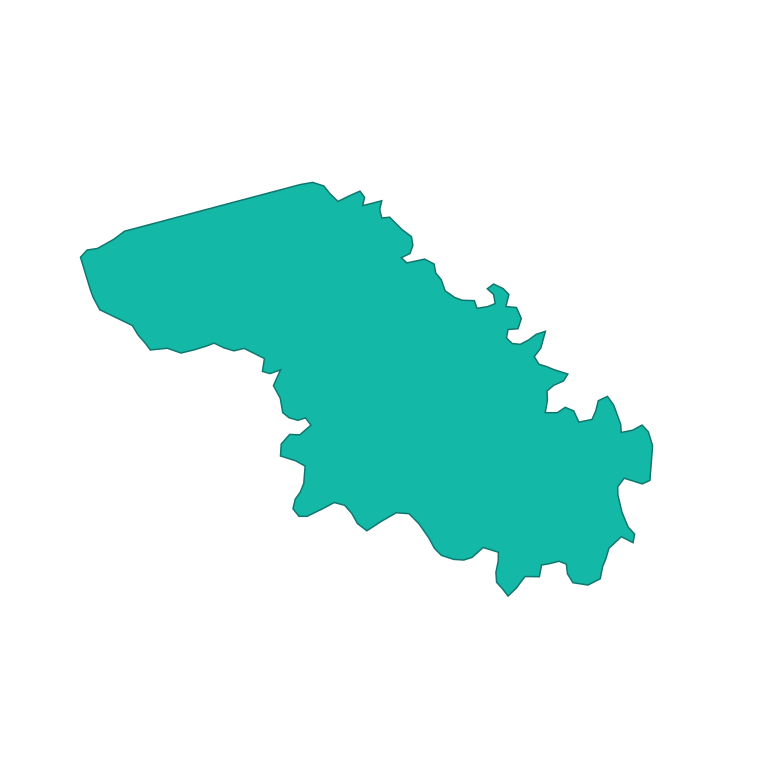 the district of São João da Ponta, Pará, Brazil, rotated 143°
{"feature_id": "56859067B2692108499529", "entity_name": "São João da Ponta", "entity_type": "district", "adm_level": 2, "iso_a3": "BRA", "parent_name": "Brazil", "parent_adm1": "Pará", "projection": "albers", "projection_center": [-47.972, -0.868], "detail": "fine", "context": "isolated", "style": "filled", "palette": "teal", "viewbox_px": 768, "rotation_deg": 143, "n_neighbors": 0, "source": "geoboundaries", "source_scale": "gbopen_adm2", "svg_char_len": 2150}
<svg xmlns="http://www.w3.org/2000/svg" viewBox="0 0 768 768"><g transform="rotate(143 384 384)"><path d="M412.6,140.0L401.4,141.3L387.3,145.4L375.9,136.6L367.1,144.6L359.7,140.8L350.9,137.1L346.8,130.4L351.7,122.0L352.7,111.6L342.1,100.7L328.5,98.3L319.2,106.7L312.1,110.8L303.3,117.4L286.4,119.2L280.6,107.4L274.2,113.2L275.1,123.0L271.0,138.7L263.8,155.0L259.1,161.3L248.9,164.2L237.9,148.8L229.6,147.0L206.7,173.0L201.7,186.6L202.6,195.9L213.3,197.5L223.7,202.5L219.2,209.5L213.3,228.8L213.0,239.6L222.9,241.7L231.2,235.0L239.2,230.5L251.3,236.3L248.7,248.3L253.3,256.3L263.0,256.8L272.5,264.1L263.4,272.5L258.0,280.3L249.2,280.8L238.8,278.4L231.2,281.3L239.7,293.3L243.7,300.1L248.4,306.6L247.5,315.4L237.2,318.3L223.4,328.9L232.5,332.1L241.8,332.1L251.3,333.7L257.2,339.1L258.5,347.0L252.2,352.9L243.7,347.5L234.9,353.7L232.2,365.4L240.1,372.5L230.4,380.3L231.4,388.5L236.4,397.9L244.2,397.9L242.6,389.6L246.8,381.3L254.6,383.4L264.2,388.5L261.7,396.2L271.0,403.7L275.4,410.4L279.1,421.6L275.5,432.9L275.9,441.4L271.8,449.7L276.4,459.3L292.9,467.0L294.2,474.5L284.6,472.6L277.5,477.4L273.4,485.1L276.7,496.6L279.1,513.8L285.9,517.9L282.5,525.8L275.5,531.7L283.8,535.1L293.7,539.3L287.2,544.7L287.1,552.5L299.6,555.4L310.9,557.5L312.6,568.7L312.9,578.4L319.7,588.0L330.9,593.7L499.3,662.2L512.6,662.2L531.3,664.7L540.5,669.7L550.1,667.9L561.8,635.9L564.2,628.0L566.3,614.3L549.8,582.2L550.9,571.0L550.1,559.6L550.1,551.8L535.5,542.9L527.5,530.9L515.0,525.5L502.5,521.0L495.1,518.9L490.0,509.1L483.9,500.8L474.3,496.6L464.2,476.3L473.5,467.2L468.8,460.9L458.1,457.5L465.8,453.4L473.3,449.2L475.4,435.1L482.1,422.1L480.1,414.1L474.6,406.8L467.1,404.2L467.1,395.1L481.8,394.1L489.7,400.5L502.2,397.9L510.0,388.8L500.9,376.0L496.4,365.9L507.9,352.9L516.0,348.0L524.3,345.4L531.8,339.1L531.5,329.5L525.1,324.6L507.3,321.2L495.1,319.3L488.4,310.8L487.6,300.0L489.2,288.4L486.0,277.1L468.5,275.9L451.7,273.8L442.1,265.4L440.2,251.2L440.8,234.2L442.6,222.5L441.3,212.6L433.9,202.0L426.2,195.4L418.0,192.5L403.3,193.8L393.9,180.8L399.6,173.6L408.0,166.2L413.4,157.9L412.6,148.6L412.6,140.0Z" fill="#14b8a6" stroke="#0f766e" stroke-width="1.5"/></g></svg>